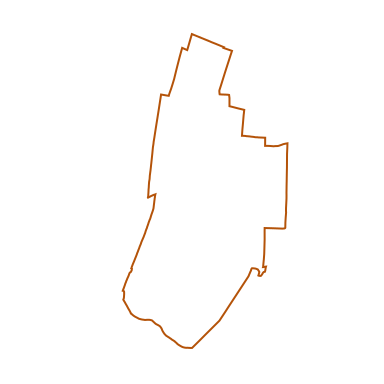 the district of Ciohorani, Iasi, Romania, rotated 133°
{"feature_id": "2599482B37137695584256", "entity_name": "Ciohorani", "entity_type": "district", "adm_level": 2, "iso_a3": "ROU", "parent_name": "Romania", "parent_adm1": "Iasi", "projection": "mercator", "projection_center": [26.705, 47.134], "detail": "fine", "context": "isolated", "style": "outline", "palette": "amber", "viewbox_px": 384, "rotation_deg": 133, "n_neighbors": 0, "source": "geoboundaries", "source_scale": "gbopen_adm2", "svg_char_len": 5620}
<svg xmlns="http://www.w3.org/2000/svg" viewBox="0 0 384 384"><g transform="rotate(133 192 192)"><path d="M306.0,85.6L296.4,85.2L286.8,84.9L268.1,84.2L267.3,84.2L256.6,86.0L250.5,87.1L233.6,90.0L215.1,93.2L212.7,94.1L212.1,94.3L211.8,94.4L210.3,95.0L209.6,95.2L209.2,95.3L208.8,95.6L207.6,96.1L206.8,96.1L205.9,95.0L204.8,93.5L204.4,92.7L204.0,91.6L203.8,91.3L203.8,90.9L204.1,89.8L204.3,88.9L204.4,88.6L204.6,88.2L204.8,88.1L206.4,87.2L207.1,86.8L207.8,86.5L207.5,85.7L206.9,85.0L206.6,84.6L206.2,84.4L205.1,84.5L204.4,84.6L203.8,84.7L203.2,84.9L202.3,85.0L201.7,85.0L200.6,84.3L199.4,84.9L198.4,85.6L197.8,86.0L197.1,86.5L196.1,87.0L196.8,87.6L197.2,87.8L197.4,88.0L198.0,88.4L198.4,88.7L198.5,88.8L198.3,88.9L193.4,92.7L192.7,93.2L188.2,96.8L184.1,100.4L177.3,106.4L171.0,112.3L168.8,114.3L162.9,107.6L157.1,100.9L155.7,99.6L155.3,99.4L155.0,99.3L154.8,99.3L154.5,99.4L150.5,103.0L146.6,106.2L142.7,109.3L141.8,110.3L139.6,112.3L135.8,115.5L132.5,118.3L130.2,120.4L128.0,122.5L125.0,125.2L122.8,127.2L120.9,128.9L120.1,129.6L114.0,135.1L109.3,139.3L99.4,148.4L95.3,151.9L91.3,155.4L92.5,156.3L94.2,157.5L95.0,158.0L96.1,158.5L96.5,158.7L97.2,159.1L98.6,159.8L99.1,160.1L99.7,160.5L100.7,161.4L101.2,162.0L102.3,163.0L102.9,163.5L105.0,166.2L106.2,167.6L108.4,170.0L102.4,175.5L107.0,180.9L107.3,181.4L108.8,183.1L109.6,184.4L110.2,185.2L110.8,186.0L111.4,186.8L111.8,187.4L111.9,187.6L112.5,188.3L113.0,189.0L113.9,190.1L114.7,191.3L116.5,193.5L116.8,193.8L112.0,197.7L107.1,201.5L103.3,204.5L100.1,207.0L99.1,207.7L98.2,208.4L96.3,209.8L99.3,215.1L102.5,221.0L103.7,223.1L99.2,227.3L97.8,228.6L97.7,228.7L96.7,229.9L95.7,231.1L95.8,231.3L96.9,232.7L98.0,234.0L98.6,234.6L98.7,234.8L100.0,236.3L101.1,237.6L101.3,237.9L101.7,238.4L101.5,238.7L99.9,240.5L99.0,241.3L94.5,243.4L91.4,244.9L81.4,249.7L71.8,254.2L66.7,256.6L61.5,259.0L65.2,267.3L64.5,267.6L64.4,267.6L65.5,270.5L66.0,271.9L66.7,273.7L67.0,274.5L67.4,275.6L68.2,277.6L69.3,280.4L69.5,281.1L69.8,281.9L76.6,299.8L90.8,292.6L91.5,292.3L93.3,297.5L101.7,293.1L108.5,289.4L114.5,286.1L121.6,282.1L126.5,279.7L130.9,277.6L131.4,277.4L133.5,276.5L135.8,275.5L137.1,274.8L137.5,274.6L139.0,276.8L139.9,278.2L140.3,278.8L141.8,281.1L153.4,273.2L158.0,270.1L161.4,267.8L167.5,263.7L174.0,259.3L177.8,256.7L181.1,254.5L181.7,254.1L182.3,253.6L183.0,253.1L183.7,252.6L185.8,251.2L190.6,247.5L196.7,242.9L198.7,241.4L200.2,240.3L201.9,239.0L204.6,237.0L206.3,235.8L208.8,234.0L211.5,231.8L213.8,230.3L216.3,228.3L218.2,226.7L219.9,225.4L220.7,224.7L221.4,224.1L222.7,223.0L223.5,222.4L224.5,221.5L225.2,221.0L226.0,220.6L226.1,220.3L224.9,219.9L224.5,219.7L223.6,219.4L222.9,219.2L222.2,218.9L221.6,218.6L220.7,218.3L220.1,218.0L219.5,217.6L218.7,217.2L219.4,216.8L220.1,216.3L220.7,216.0L221.2,215.5L222.2,214.9L223.1,214.2L224.4,213.3L225.3,212.6L226.0,212.1L227.8,210.8L229.0,209.9L230.1,209.1L230.6,208.8L231.2,208.5L231.6,208.3L232.4,207.9L233.3,207.5L234.9,206.8L236.1,206.3L236.9,205.9L238.0,205.4L238.7,205.0L239.1,204.8L239.6,204.6L240.4,204.2L241.2,204.0L242.1,203.6L242.9,203.3L243.8,202.9L244.3,202.7L245.0,202.3L245.8,202.0L246.2,201.8L246.8,201.5L247.6,201.2L248.3,200.9L248.7,200.6L249.2,200.4L250.1,200.1L250.8,199.8L251.8,199.4L252.4,199.1L252.8,198.9L253.8,198.4L254.4,198.1L255.1,197.9L255.5,197.7L256.3,197.4L257.0,197.1L257.7,196.8L258.2,196.6L258.8,196.4L259.4,196.2L260.5,195.8L261.1,195.6L261.9,195.3L262.7,195.0L263.5,194.7L264.3,194.3L264.9,194.0L265.3,193.9L266.0,193.6L266.8,193.3L267.2,193.2L268.3,192.7L269.2,192.3L269.9,192.0L270.3,191.9L271.5,191.4L272.9,190.8L273.8,190.5L274.7,190.1L275.1,189.9L276.3,189.4L278.1,188.7L279.2,188.3L280.4,187.8L281.5,187.4L282.4,187.0L283.1,186.8L283.9,186.5L284.7,186.2L285.5,185.9L286.7,185.4L287.5,185.1L288.1,184.8L288.5,184.6L288.9,184.4L289.2,184.3L289.1,184.0L289.0,183.9L289.0,183.7L289.7,183.2L290.2,182.8L290.9,182.6L291.6,182.3L291.9,182.2L292.7,182.3L293.4,182.5L294.9,182.0L295.9,181.5L297.8,180.8L298.8,180.5L299.9,180.1L301.1,179.6L302.1,179.3L302.8,178.9L303.7,178.6L304.5,178.3L305.1,178.0L305.7,177.7L306.4,177.4L307.8,176.8L308.7,176.4L309.2,176.2L309.8,176.0L310.2,175.8L310.6,175.5L311.1,175.5L311.4,175.3L311.2,175.1L311.0,174.8L311.0,174.4L311.1,174.0L311.3,173.6L312.4,172.5L313.4,171.6L314.5,170.7L315.5,169.9L316.4,169.3L317.2,169.0L317.6,168.8L318.0,167.5L318.5,165.7L318.9,164.6L319.4,162.9L319.7,161.9L320.1,160.8L320.3,160.1L320.6,159.4L320.8,158.6L321.0,158.1L321.2,157.2L321.4,156.6L321.7,155.8L321.9,155.2L322.3,154.4L322.5,153.7L322.3,153.6L322.3,153.4L322.4,153.1L322.4,152.4L322.4,151.7L322.3,150.4L322.1,149.1L321.9,148.2L321.7,147.5L321.4,146.4L321.2,145.9L321.1,145.1L320.9,144.4L320.7,144.1L320.6,143.8L320.2,143.1L319.8,142.3L319.5,141.9L319.3,141.5L318.8,140.8L318.3,140.1L317.8,139.3L316.7,138.2L316.0,137.6L315.2,136.7L314.3,135.7L313.9,135.0L313.5,134.3L313.2,133.7L313.2,133.4L313.2,133.0L313.2,132.2L313.2,131.4L313.2,130.6L313.2,130.0L313.2,128.9L313.1,128.2L312.9,127.5L312.8,127.1L312.5,126.1L312.3,125.2L312.2,124.7L312.1,124.2L312.1,123.7L312.2,122.8L312.4,122.2L312.4,121.8L312.6,121.2L312.8,120.7L313.1,120.1L313.5,119.3L313.7,118.7L313.8,118.4L314.0,117.7L314.1,117.3L314.3,116.6L314.4,116.0L314.6,115.2L314.6,114.5L314.7,113.3L314.7,112.8L314.6,112.2L314.4,111.4L314.3,110.6L314.1,109.8L314.0,108.9L313.9,108.2L313.7,107.2L313.7,106.4L313.6,105.8L313.4,104.9L313.2,103.9L313.1,103.4L313.1,102.9L313.0,102.6L313.1,101.8L313.0,100.8L313.0,100.0L313.1,99.1L312.9,97.5L312.5,95.6L312.2,94.3L311.8,93.1L311.3,92.1L310.6,90.9L309.9,90.0L309.1,89.2L308.3,88.2L307.3,87.0L306.8,86.4L306.0,85.6Z" fill="none" stroke="#b45309" stroke-width="2"/></g></svg>